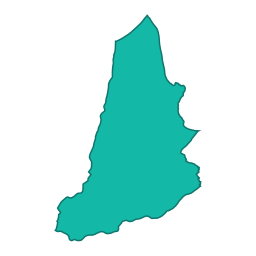 outline of Paktha, Bokeo, Laos
{"feature_id": "54806243B15398508442736", "entity_name": "Paktha", "entity_type": "district", "adm_level": 2, "iso_a3": "LAO", "parent_name": "Laos", "parent_adm1": "Bokeo", "projection": "robinson", "projection_center": [100.681, 19.997], "detail": "fine", "context": "isolated", "style": "filled", "palette": "teal", "viewbox_px": 256, "rotation_deg": 0, "n_neighbors": 0, "source": "geoboundaries", "source_scale": "gbopen_adm2", "svg_char_len": 5667}
<svg xmlns="http://www.w3.org/2000/svg" viewBox="0 0 256 256"><path d="M115.6,41.4L115.3,49.2L114.9,52.1L113.8,54.9L113.9,56.4L113.2,59.2L113.4,63.8L113.0,65.3L112.6,68.3L112.4,72.2L112.4,77.2L112.1,77.7L111.0,79.1L109.9,80.8L109.0,82.7L108.6,84.2L108.5,87.3L108.0,90.9L107.0,95.9L106.1,99.0L105.8,101.9L105.6,103.1L104.6,104.7L104.4,105.0L104.2,105.6L103.9,106.5L104.2,108.1L104.8,109.5L104.8,109.9L104.8,110.9L103.6,111.9L102.0,113.1L101.0,114.4L100.5,115.6L100.4,116.5L101.1,119.4L101.1,119.9L100.4,123.6L99.9,124.9L99.1,126.4L98.3,128.5L98.3,130.2L97.0,132.1L95.5,136.7L95.5,138.7L94.5,141.7L94.1,143.1L93.5,146.3L93.0,147.6L90.1,154.1L89.6,155.8L89.5,157.2L89.7,158.4L91.6,161.6L91.6,165.2L91.4,167.7L90.8,169.1L88.6,171.9L91.0,174.6L88.3,178.0L87.8,180.9L83.1,184.1L83.1,184.5L83.0,189.6L82.7,191.4L81.3,192.9L79.9,193.2L78.5,193.2L77.2,193.7L76.1,194.6L74.0,196.5L71.5,197.9L70.1,197.9L67.5,197.0L66.3,197.5L61.2,202.0L60.4,203.3L57.6,208.1L58.3,209.3L59.0,210.4L59.9,211.6L60.6,212.8L58.7,214.5L58.5,217.3L58.2,218.8L57.7,220.1L57.0,221.4L57.7,222.4L57.0,226.3L56.2,229.2L55.3,230.4L56.9,231.3L58.0,231.5L59.7,231.3L60.8,231.3L62.5,232.0L64.1,233.0L66.4,233.9L67.8,235.1L68.8,236.4L69.2,238.5L69.6,239.5L70.2,240.1L71.5,240.6L72.5,240.4L73.6,239.6L74.8,239.6L76.4,240.2L78.1,240.6L79.5,240.5L81.2,240.2L83.5,238.1L84.6,236.8L86.2,235.8L87.7,235.3L90.4,235.0L91.9,235.1L92.7,235.0L94.6,234.4L96.0,233.7L98.4,232.6L99.7,232.0L101.1,231.7L102.6,231.7L103.9,232.1L105.5,233.1L106.2,233.4L107.6,233.6L108.9,233.5L111.3,233.0L113.9,231.8L115.2,231.5L117.3,231.2L117.9,230.8L118.4,229.9L118.6,228.4L118.4,226.6L121.4,223.1L122.4,221.3L126.4,220.3L126.9,220.5L127.5,220.8L129.2,221.4L129.8,221.5L130.7,221.4L131.3,221.3L132.0,221.2L132.7,221.0L133.7,220.3L135.7,219.4L137.3,219.0L137.9,219.0L139.2,218.8L141.0,218.2L142.4,217.6L143.2,217.2L145.1,216.3L145.9,216.2L146.4,216.1L146.8,216.0L148.1,216.3L148.7,216.4L149.3,216.8L149.6,217.1L150.5,217.7L151.3,218.2L152.4,218.4L154.5,218.2L156.2,218.2L157.3,218.1L159.0,217.5L160.1,217.0L162.1,215.8L163.2,214.9L164.8,213.4L165.4,212.9L166.1,211.9L167.0,211.0L167.5,210.8L168.0,210.7L168.6,210.7L171.5,209.1L172.0,208.9L173.8,207.6L174.1,207.2L175.2,206.3L177.2,204.0L179.4,200.6L180.5,199.6L181.5,198.4L182.7,197.0L185.2,195.1L185.6,194.8L186.3,194.5L187.1,194.3L188.1,194.2L190.3,193.4L191.4,193.0L192.2,192.3L192.8,192.0L193.7,191.3L194.2,190.8L195.0,190.3L196.3,189.4L198.8,187.4L199.6,186.7L200.5,186.1L200.3,185.8L199.8,185.6L199.7,185.4L199.5,185.1L199.5,184.9L199.8,185.0L200.0,185.0L200.0,184.5L200.4,184.1L200.5,184.0L200.5,183.5L200.2,183.0L200.1,182.8L200.4,182.6L200.5,182.4L200.6,182.2L200.7,181.8L200.4,181.7L199.6,181.7L199.4,181.6L199.3,180.7L199.0,180.3L198.9,180.1L198.7,179.9L198.5,179.7L198.4,179.5L198.4,179.4L198.2,179.0L198.2,178.8L198.3,178.7L199.0,178.5L199.2,178.4L199.3,178.2L199.3,177.9L199.2,177.8L198.4,177.7L198.2,177.5L198.3,177.2L198.3,176.9L197.3,175.9L197.1,175.6L196.9,174.7L196.6,174.3L196.5,174.2L196.6,173.8L196.9,173.5L197.4,173.3L197.8,173.0L198.0,172.9L198.2,172.5L198.6,172.4L198.8,172.3L198.9,172.2L198.8,171.7L198.3,171.2L198.2,171.0L198.3,170.8L198.7,170.5L198.8,170.3L198.7,170.1L198.5,169.8L198.5,169.6L198.8,169.4L199.0,169.4L199.1,169.2L198.7,169.0L198.6,168.8L198.6,168.7L199.3,167.8L199.2,167.6L198.8,167.4L198.7,167.2L198.4,167.2L198.3,167.4L198.2,167.4L198.1,167.2L197.7,167.0L197.7,166.8L197.8,166.6L197.8,166.4L197.6,166.3L196.9,165.9L196.5,165.7L196.1,165.4L195.7,165.1L194.7,164.6L194.5,164.4L194.3,164.1L194.0,163.8L193.3,163.7L192.6,163.6L192.0,163.1L191.8,163.1L190.8,163.0L190.2,162.9L189.2,162.8L187.7,162.2L186.9,161.3L186.5,161.2L186.2,161.4L186.0,161.2L186.0,160.4L186.0,160.1L186.2,159.5L186.2,159.2L186.0,158.8L185.7,158.5L185.4,158.1L185.3,157.6L185.0,156.9L184.8,156.2L184.7,155.3L184.6,155.0L184.3,154.8L183.6,154.5L183.2,154.3L181.0,153.3L180.8,152.4L181.1,151.0L181.6,150.0L183.4,148.0L185.4,146.5L186.9,145.0L191.0,140.5L191.9,138.7L193.4,136.8L195.8,133.9L197.0,132.1L197.6,131.6L198.0,131.2L198.3,131.0L198.5,130.9L195.1,130.7L191.9,130.0L188.5,129.1L186.3,128.0L184.6,126.8L183.6,125.6L183.5,125.2L183.4,124.9L183.5,123.2L183.6,122.8L183.8,122.3L183.9,122.0L183.9,121.5L183.8,121.2L183.4,120.6L182.9,120.2L181.8,118.0L181.2,117.3L180.3,116.6L180.0,116.1L179.4,114.9L179.0,114.7L178.7,114.5L178.8,114.0L178.5,113.0L178.4,112.7L178.2,112.0L178.0,110.5L178.2,109.4L178.4,108.7L178.3,108.0L178.2,107.3L178.0,106.9L177.9,106.5L178.2,105.8L178.4,105.4L178.3,104.8L178.2,104.2L178.0,103.5L178.3,102.6L178.9,102.2L179.7,100.6L179.9,99.7L180.3,98.9L180.8,98.0L181.3,97.5L181.5,97.0L181.7,96.9L183.0,95.8L183.2,95.5L183.1,94.9L183.4,94.0L183.2,93.9L183.1,93.6L183.0,93.4L183.0,93.2L183.2,92.8L184.2,91.8L184.4,91.6L184.8,90.8L185.0,90.0L185.1,89.4L185.2,89.0L185.2,88.1L184.9,87.2L184.7,86.8L184.5,86.5L183.8,85.8L183.2,85.5L182.9,85.4L182.6,85.5L182.1,85.8L181.4,85.7L180.5,85.6L180.4,85.5L180.0,85.0L179.7,84.5L179.4,84.4L179.2,84.5L178.8,84.5L178.7,84.4L178.4,83.8L178.1,83.4L177.2,83.3L176.8,82.9L175.6,82.7L175.4,83.1L175.1,83.7L175.0,84.5L174.9,84.8L174.7,85.1L173.7,85.4L173.0,85.4L172.8,85.2L171.8,84.4L171.4,84.0L171.0,83.6L170.6,83.4L170.2,83.5L167.0,79.8L165.2,75.7L164.7,72.8L164.5,70.2L164.1,67.9L163.1,63.7L162.4,60.5L162.1,57.6L161.5,53.7L160.7,50.5L160.1,47.2L159.6,44.5L159.2,39.5L159.0,36.7L158.2,32.4L157.3,29.6L156.7,28.4L155.5,26.8L154.4,25.5L152.9,23.5L150.7,20.2L149.7,18.3L148.3,17.0L147.5,15.7L147.2,15.4L146.1,16.8L145.3,17.6L144.3,18.9L142.8,20.9L140.6,23.5L135.7,28.1L131.1,32.3L127.9,34.7L125.1,36.5L123.6,37.5L120.5,39.3L118.3,40.4L117.2,40.9L115.9,41.6L115.6,41.4Z" fill="#14b8a6" stroke="#0f766e" stroke-width="1.5"/></svg>